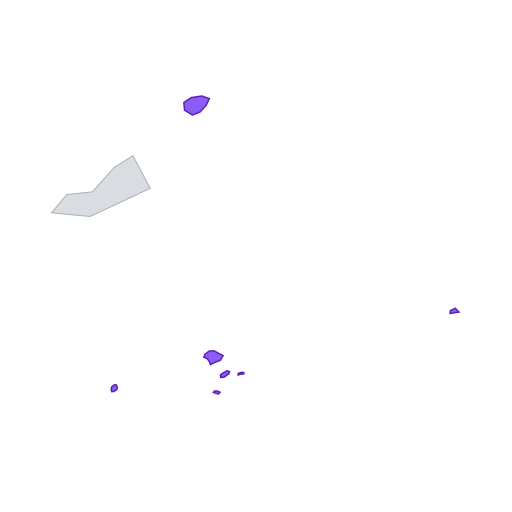 La Digue and Inner Islands on a map of Seychelles (Mercator projection), rotated 97°
{"feature_id": "SYC-5212", "entity_name": "La Digue and Inner Islands", "entity_type": "state/province", "adm_level": 1, "iso_a3": "SYC", "parent_name": "Seychelles", "parent_adm1": "", "projection": "mercator", "projection_center": [55.767, -4.192], "detail": "fine", "context": "in_parent", "style": "filled", "palette": "violet", "viewbox_px": 512, "rotation_deg": 97, "n_neighbors": 0, "source": "natural_earth", "source_scale": "10m", "svg_char_len": 1025}
<svg xmlns="http://www.w3.org/2000/svg" viewBox="0 0 512 512"><g transform="rotate(97 256 256)"><path d="M237.0,425.5L238.1,464.3L218.0,451.3L212.3,426.3L185.4,407.6L171.5,390.4L201.7,369.2L237.0,425.5Z" fill="#d9dde1" stroke="#a8b0b8" stroke-width="1"/><path d="M120.0,344.7L112.4,346.3L106.6,339.4L103.8,329.3L105.5,321.5L112.4,323.8L119.9,329.1L123.8,336.3L120.0,344.7ZM358.8,276.5L363.9,278.7L366.7,284.0L369.3,288.0L366.5,289.4L363.9,291.9L362.8,295.5L359.9,294.7L356.1,291.0L355.2,285.9L357.4,280.7L358.8,276.5ZM374.1,268.1L376.2,268.6L380.2,272.9L380.8,276.2L378.3,276.8L376.2,274.5L373.4,270.6L374.1,268.1ZM404.0,377.6L405.8,378.1L407.9,380.8L408.2,382.7L406.0,383.5L403.6,383.3L401.0,380.7L400.8,379.2L402.2,378.1L404.0,377.6ZM286.9,47.7L289.4,56.4L286.4,56.3L283.6,51.9L286.9,47.7ZM395.6,275.1L397.6,276.4L397.1,278.8L396.7,281.7L395.1,280.9L394.7,277.8L395.6,275.1ZM373.2,253.8L374.6,253.9L375.1,256.6L376.3,259.2L374.8,259.4L373.2,256.1L373.2,253.8Z" fill="#8b5cf6" stroke="#5b21b6" stroke-width="1.5"/></g></svg>